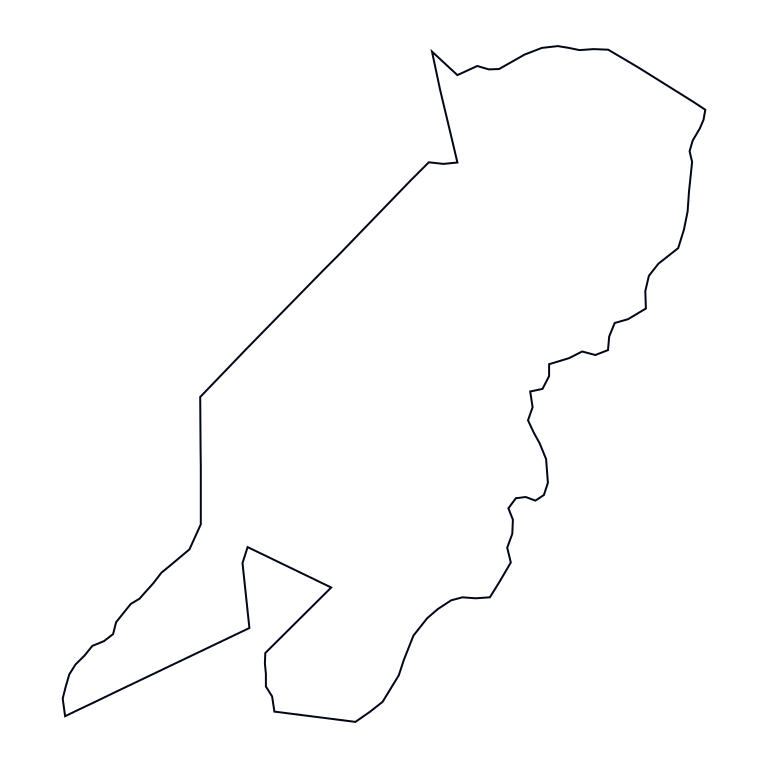 Lago dos Rodrigues, Maranhão, Brazil
{"feature_id": "56859067B92242830250607", "entity_name": "Lago dos Rodrigues", "entity_type": "district", "adm_level": 2, "iso_a3": "BRA", "parent_name": "Brazil", "parent_adm1": "Maranhão", "projection": "albers", "projection_center": [-44.931, -4.589], "detail": "fine", "context": "isolated", "style": "outline", "palette": "ink", "viewbox_px": 768, "rotation_deg": 0, "n_neighbors": 0, "source": "geoboundaries", "source_scale": "gbopen_adm2", "svg_char_len": 1448}
<svg xmlns="http://www.w3.org/2000/svg" viewBox="0 0 768 768"><path d="M705.3,109.8L694.5,102.6L638.2,67.4L608.2,49.7L593.7,49.1L579.4,50.1L568.9,47.9L557.8,46.1L541.9,47.9L524.5,54.6L499.1,69.0L488.9,69.4L477.2,66.0L457.4,75.1L432.0,51.6L439.9,88.9L453.8,147.2L457.4,162.5L443.5,163.9L428.8,162.3L410.3,180.8L338.7,254.9L323.4,270.2L247.4,347.9L200.2,397.0L200.6,451.2L200.8,466.5L200.8,524.3L189.5,549.3L172.6,563.5L161.3,572.8L153.2,583.4L145.7,591.7L139.5,598.7L130.8,603.9L124.2,612.1L116.1,622.2L113.1,634.1L104.0,641.1L92.3,645.9L84.6,655.5L75.4,664.6L69.3,674.4L65.7,686.7L62.7,698.5L65.1,716.2L80.0,709.0L96.9,701.0L116.1,691.7L249.4,628.0L242.5,563.1L247.6,547.1L331.2,587.5L265.3,653.0L264.9,663.6L265.9,673.9L265.9,686.5L272.1,696.4L274.4,711.6L355.4,721.9L369.9,711.8L382.6,701.8L398.8,675.3L403.8,660.0L413.5,635.5L427.2,618.2L437.9,609.0L451.2,600.3L462.5,597.3L475.6,598.3L489.9,597.3L500.0,581.0L510.8,562.5L507.2,547.7L512.3,533.8L512.9,519.7L508.4,508.3L515.9,498.2L525.6,497.0L535.4,500.6L543.9,495.0L547.9,482.8L546.1,459.1L539.7,443.4L533.8,432.7L528.0,420.3L532.6,407.2L530.2,391.5L542.5,388.9L549.1,376.1L549.1,364.2L568.9,358.2L582.2,351.5L595.3,355.0L608.0,350.1L609.2,336.5L614.7,323.0L628.0,319.2L645.9,308.5L645.3,291.1L648.9,275.8L658.4,263.7L678.2,248.1L684.0,229.4L687.6,211.5L689.0,191.6L692.1,162.0L689.6,151.2L692.7,140.5L699.7,128.7L703.5,119.9L705.3,109.8Z" fill="none" stroke="#020617" stroke-width="2"/></svg>